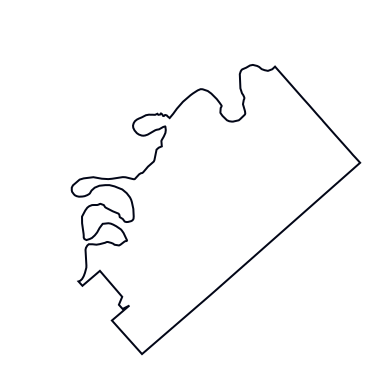 Chicot, Arkansas, United States of America (Albers equal-area conic projection), rotated 228°
{"feature_id": "52423323B43837481936937", "entity_name": "Chicot", "entity_type": "district", "adm_level": 2, "iso_a3": "USA", "parent_name": "United States of America", "parent_adm1": "Arkansas", "projection": "albers", "projection_center": [-91.16, 33.284], "detail": "fine", "context": "isolated", "style": "outline", "palette": "ink", "viewbox_px": 384, "rotation_deg": 228, "n_neighbors": 0, "source": "geoboundaries", "source_scale": "gbopen_adm2", "svg_char_len": 2908}
<svg xmlns="http://www.w3.org/2000/svg" viewBox="0 0 384 384"><g transform="rotate(228 192 192)"><path d="M186.4,337.1L229.6,337.6L229.5,333.8L231.2,329.5L233.9,327.5L236.7,326.0L239.9,325.6L242.0,324.8L245.7,322.3L247.2,319.8L248.1,315.5L249.5,311.4L249.5,310.6L249.1,309.0L247.6,306.4L236.6,297.3L231.9,295.2L229.6,294.9L227.2,294.1L226.3,293.3L225.8,292.1L223.1,288.6L216.5,285.4L214.7,284.1L214.3,283.5L214.1,282.7L213.9,276.7L214.0,274.7L216.8,269.7L217.8,268.6L219.7,267.0L221.9,266.0L228.1,265.6L231.5,266.0L232.1,266.3L235.2,269.5L235.8,271.2L236.4,271.8L239.5,272.2L244.5,272.6L252.2,272.2L256.5,271.3L261.3,268.6L262.7,267.1L263.7,264.2L264.0,262.4L264.6,258.7L264.9,255.6L265.1,245.7L264.0,236.5L262.7,230.4L261.9,224.9L264.4,224.5L265.8,224.5L267.2,223.6L267.3,223.3L267.3,221.9L268.0,221.4L269.6,221.8L271.1,221.5L270.9,220.1L271.9,218.6L273.3,218.6L274.0,216.3L278.3,211.7L279.9,209.1L281.1,204.5L282.1,201.7L282.7,199.4L282.8,196.9L282.1,194.6L280.8,192.6L279.0,191.3L276.2,190.5L272.6,190.4L270.2,191.0L267.6,192.4L266.4,193.5L265.4,194.9L264.3,197.4L262.5,205.9L262.0,207.2L260.6,209.5L259.6,214.1L258.7,215.9L258.3,215.9L255.6,214.0L253.7,211.8L252.1,208.2L250.8,204.2L250.4,203.4L246.1,200.1L247.2,196.9L247.2,194.0L240.9,185.5L240.2,184.0L240.3,176.3L239.3,168.9L239.4,167.8L240.1,166.6L240.5,164.7L239.9,158.2L240.1,157.7L240.8,157.0L247.4,152.5L249.4,150.5L255.3,141.5L257.6,138.4L262.2,133.9L269.0,128.6L274.6,120.6L276.4,116.8L276.6,108.1L276.5,107.7L275.7,105.6L273.6,103.7L272.3,103.0L269.3,102.7L267.9,102.8L266.1,103.5L264.1,104.9L261.9,107.6L260.7,109.5L259.7,112.2L259.3,114.2L259.3,115.2L260.3,118.3L260.3,122.6L258.6,127.4L255.1,132.2L252.3,135.3L248.0,138.2L240.5,141.9L234.8,142.7L229.5,142.3L227.0,141.6L224.8,140.6L218.7,137.1L212.8,132.3L211.3,130.7L210.9,129.8L210.8,128.4L211.1,127.2L212.6,124.3L213.7,123.0L215.1,122.2L218.3,122.5L221.6,121.5L223.8,122.8L225.1,122.9L230.7,120.2L237.6,117.6L238.8,117.3L241.3,117.7L244.4,116.1L245.0,115.1L245.0,114.4L245.8,112.8L249.1,109.1L250.2,106.2L250.4,103.7L249.7,100.4L247.3,93.8L242.3,89.4L233.4,83.4L232.1,82.4L230.5,81.0L229.0,80.6L226.9,81.4L225.5,84.5L224.8,86.9L224.8,90.7L225.4,94.4L227.1,99.3L228.1,104.3L224.7,109.0L222.8,110.5L220.5,111.6L217.2,112.8L211.9,114.1L210.4,114.1L207.3,113.7L199.6,111.4L199.3,110.6L200.0,109.7L200.3,108.8L200.7,103.6L201.1,102.0L204.7,99.1L206.1,98.9L208.1,98.0L211.2,96.0L211.9,95.1L212.4,93.5L215.0,88.5L216.8,85.7L219.5,83.3L221.1,81.6L222.2,80.4L222.3,78.5L221.5,75.9L220.3,74.2L208.1,64.4L206.5,62.9L203.5,58.3L201.9,55.2L200.9,52.2L200.8,49.8L201.3,48.2L201.5,47.8L195.6,47.8L195.0,70.8L160.8,70.0L157.1,62.2L151.5,62.2L149.5,69.5L150.1,46.5L105.0,46.4L103.1,137.3L101.2,336.5L104.3,336.5L111.9,336.4L116.4,336.5L138.0,336.6L156.8,336.8L158.2,336.9L159.6,336.9L160.2,336.9L161.3,336.9L165.9,336.9L178.0,337.1L186.4,337.1Z" fill="none" stroke="#020617" stroke-width="2"/></g></svg>